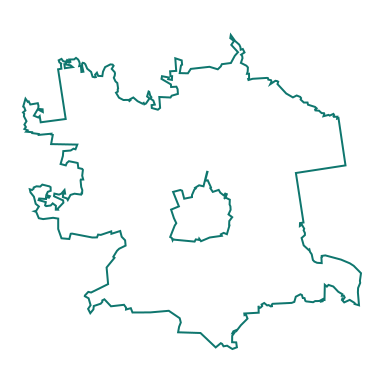 the district of Iecavas pag., Iecavas, Latvia
{"feature_id": "27541924B36715332650417", "entity_name": "Iecavas pag.", "entity_type": "district", "adm_level": 2, "iso_a3": "LVA", "parent_name": "Latvia", "parent_adm1": "Iecavas", "projection": "orthographic", "projection_center": [24.179, 56.61], "detail": "fine", "context": "isolated", "style": "outline", "palette": "teal", "viewbox_px": 384, "rotation_deg": 0, "n_neighbors": 0, "source": "geoboundaries", "source_scale": "gbopen_adm2", "svg_char_len": 5804}
<svg xmlns="http://www.w3.org/2000/svg" viewBox="0 0 384 384"><path d="M357.9,292.4L358.1,288.0L360.2,282.9L359.9,280.9L361.0,273.2L353.7,265.8L349.8,263.3L341.0,259.6L325.3,255.4L321.8,255.9L322.0,257.0L321.4,257.3L321.7,263.1L317.1,262.8L314.4,261.6L312.9,260.0L311.7,254.3L310.0,251.8L309.4,249.4L308.7,250.0L303.7,245.4L301.6,238.0L304.9,235.1L304.9,233.0L303.6,230.3L304.2,228.7L301.9,224.7L299.9,226.0L300.0,223.1L303.5,222.5L295.9,173.0L345.5,165.4L338.5,118.1L337.1,118.6L337.4,116.7L333.8,116.8L333.5,116.4L334.1,115.0L333.4,113.9L329.7,115.6L328.6,114.9L323.5,116.2L324.3,113.9L324.0,113.2L321.6,113.1L319.0,110.7L315.4,110.4L315.1,109.5L316.6,108.3L315.0,106.9L308.0,104.7L307.5,102.5L303.8,102.5L300.6,99.5L301.1,98.1L300.2,96.9L296.7,95.5L292.9,97.4L286.2,93.5L277.5,84.1L278.2,81.7L277.1,81.1L275.4,80.8L270.3,84.2L271.5,81.6L271.0,80.2L268.3,79.6L267.9,78.1L267.0,77.9L252.6,78.8L248.5,80.0L248.1,78.9L249.1,78.4L249.0,73.7L247.0,73.8L247.7,71.5L247.9,67.4L246.4,65.7L240.9,62.9L242.5,58.2L242.2,56.0L241.1,54.7L244.5,52.4L242.8,49.0L240.7,49.7L240.4,47.1L239.3,44.7L235.1,41.0L230.8,35.0L230.3,38.2L234.0,41.0L231.3,44.9L238.0,52.2L234.8,55.8L230.9,63.0L221.8,64.2L220.8,66.4L217.8,69.3L209.5,66.8L190.8,68.9L187.9,73.3L179.7,73.1L181.0,65.4L182.1,64.7L181.7,60.4L175.3,58.3L176.2,70.9L170.1,71.3L170.5,76.2L172.1,76.2L171.9,79.9L168.2,79.2L168.8,77.5L162.0,76.2L161.5,78.9L170.9,84.4L171.1,87.0L176.4,86.7L177.6,89.2L177.9,93.9L171.7,95.7L170.5,97.5L159.3,97.0L160.1,107.9L157.9,109.7L151.8,108.0L151.6,105.1L154.8,104.6L153.3,100.5L150.5,98.7L151.4,97.2L150.2,95.6L149.2,91.8L148.6,91.5L147.1,96.5L149.5,98.4L146.0,103.5L144.3,104.3L143.7,102.9L142.5,103.7L137.6,101.2L133.3,97.5L130.3,99.1L130.6,100.0L129.4,101.0L128.7,99.9L123.4,100.0L119.0,97.7L116.0,92.7L117.8,91.6L117.7,89.2L118.1,88.6L117.3,83.0L115.5,81.4L113.8,77.8L114.7,75.7L115.0,73.5L114.7,72.2L111.7,68.9L113.6,65.8L112.6,64.6L110.4,64.4L105.1,67.1L103.0,71.7L102.3,76.1L98.2,75.9L96.9,72.7L95.1,74.7L95.8,77.1L94.7,77.3L92.6,76.8L91.1,71.9L87.2,68.7L85.3,64.2L84.1,63.1L82.7,62.8L82.1,63.8L82.2,66.6L83.4,71.7L81.4,72.0L80.9,65.8L79.2,66.1L79.8,63.8L79.2,61.5L78.1,59.5L76.0,57.9L74.1,59.4L69.4,59.5L70.4,62.0L69.2,62.7L68.1,62.2L68.3,60.8L67.1,60.0L66.4,61.0L66.6,62.0L65.8,61.9L66.1,64.5L70.5,65.3L72.7,67.1L68.3,67.7L64.9,68.2L64.3,64.2L65.9,63.9L65.6,61.9L63.1,61.1L61.5,58.9L58.7,60.3L59.4,62.4L61.2,63.6L60.9,64.7L61.4,68.7L58.1,69.3L65.7,119.0L40.7,122.3L39.7,116.1L38.3,117.5L33.9,115.7L37.7,109.3L42.8,112.0L42.6,109.3L38.2,108.9L38.5,105.9L37.8,103.2L30.3,104.5L28.7,101.4L27.8,101.9L25.5,98.7L23.2,106.6L24.2,107.3L25.4,110.5L23.0,112.4L24.2,113.8L23.9,116.2L26.5,121.2L24.4,124.6L25.9,127.0L24.4,129.0L27.6,130.3L26.2,131.7L32.2,132.2L32.2,133.1L38.8,134.0L38.7,134.9L51.3,133.7L51.1,134.4L52.8,134.9L51.1,144.1L77.3,144.6L75.5,149.3L73.5,148.7L70.7,150.5L63.3,151.1L62.9,155.9L60.6,164.0L65.8,165.4L66.8,163.0L68.9,161.2L76.9,162.8L77.7,163.1L78.3,168.0L82.2,168.9L82.9,169.9L82.2,175.7L83.2,179.5L80.8,179.6L80.6,180.5L81.2,186.9L82.3,190.1L82.1,193.2L81.6,193.0L81.1,194.6L74.5,193.7L70.5,194.9L67.8,200.0L66.9,198.4L62.9,197.1L63.0,195.0L63.8,193.5L65.1,193.6L64.5,190.0L61.3,193.7L59.0,194.6L54.4,193.6L54.0,196.1L54.5,196.5L63.1,200.4L63.4,202.7L57.6,208.8L58.0,209.7L55.8,209.7L55.9,205.8L52.7,203.4L50.7,205.5L46.1,206.1L45.1,205.4L45.8,202.1L38.6,200.1L39.2,198.5L46.0,199.0L46.0,197.2L49.0,197.7L49.9,196.2L46.3,195.0L47.8,191.8L50.7,190.8L50.6,187.2L49.5,186.4L42.3,184.6L40.2,186.6L36.5,186.3L33.7,187.5L33.6,188.7L32.1,190.0L29.8,189.3L30.5,192.4L33.9,196.7L35.7,203.8L38.9,206.5L36.2,210.8L34.5,211.3L36.2,211.9L38.8,218.2L43.1,219.1L53.1,217.8L58.2,218.6L58.2,229.0L61.5,238.3L69.3,239.0L70.7,233.8L72.0,233.6L92.3,237.5L97.0,237.4L98.1,234.6L100.8,234.9L111.2,231.4L111.4,233.8L120.2,231.0L121.7,236.8L125.1,240.3L125.6,245.6L119.2,248.7L117.0,250.8L113.3,256.8L114.5,257.8L106.6,267.5L108.1,284.1L91.1,292.5L88.3,291.9L84.9,295.5L84.8,296.2L88.6,298.3L90.6,305.2L88.1,308.9L90.3,313.2L93.4,309.4L93.8,306.0L100.7,303.7L102.3,301.9L102.3,300.4L104.4,299.3L111.0,306.3L124.0,304.8L126.1,307.7L126.0,309.5L130.8,308.2L132.5,312.5L150.3,312.4L168.8,310.8L179.7,318.2L180.8,322.5L179.1,326.8L178.1,332.3L200.5,333.0L215.7,347.4L220.8,343.2L222.1,343.9L223.5,346.3L227.1,345.7L232.3,349.0L236.9,347.3L236.2,342.4L232.1,342.2L232.2,335.8L234.2,333.0L232.4,333.2L233.4,331.3L236.2,330.1L235.8,331.8L240.9,325.2L247.5,318.6L245.9,314.5L244.5,315.1L244.3,313.5L258.7,312.7L258.5,305.8L259.1,308.2L260.7,307.5L262.2,306.0L261.6,304.5L264.2,303.0L267.1,305.4L268.7,305.1L270.8,306.4L272.0,306.2L271.8,304.5L272.7,303.8L291.6,302.9L294.3,301.9L295.8,296.7L300.4,294.3L301.9,295.0L302.8,298.0L304.5,298.1L305.3,300.8L306.2,301.4L313.1,302.2L315.1,301.1L319.3,301.0L322.3,299.4L321.4,301.5L322.7,301.2L323.0,299.9L324.5,300.0L324.8,284.8L326.9,286.6L328.5,284.9L333.3,286.5L338.3,291.8L342.4,294.2L341.9,295.8L343.8,295.7L344.7,297.5L343.4,299.3L342.4,298.5L341.9,299.9L344.2,302.4L349.7,299.9L354.1,302.6L354.8,303.3L354.6,304.0L359.0,305.3L357.9,292.4ZM174.7,225.6L176.3,223.2L173.9,218.1L171.1,209.6L178.9,206.4L173.1,191.9L180.3,190.0L182.1,190.7L184.2,198.7L192.0,197.1L192.0,195.0L194.4,189.5L195.7,188.5L195.1,187.8L199.1,185.3L203.5,186.3L207.1,171.8L207.5,171.9L205.2,180.8L207.7,180.3L211.0,187.5L210.3,188.1L212.8,191.9L218.7,189.9L220.3,192.7L224.0,195.6L224.7,195.9L224.3,194.8L225.2,193.6L226.8,194.2L225.9,196.7L223.9,198.7L225.8,197.7L229.8,199.7L229.6,204.5L230.4,206.3L230.6,209.8L228.5,214.4L232.2,217.2L229.3,221.0L229.1,225.1L229.5,225.3L226.9,234.2L223.7,232.9L220.9,234.3L221.8,235.8L209.7,237.5L201.0,241.2L199.2,238.7L198.9,239.9L195.8,239.4L194.6,241.6L173.5,239.6L173.5,238.5L172.6,240.3L171.8,238.0L170.2,237.0L174.7,225.6Z" fill="none" stroke="#0f766e" stroke-width="2"/></svg>